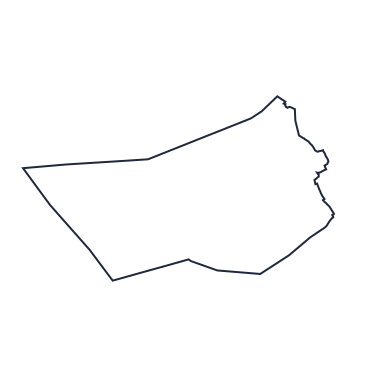 outline of Magdalena Tlacotepec, Oaxaca, Mexico, rotated 330°
{"feature_id": "50627088B48372928795218", "entity_name": "Magdalena Tlacotepec", "entity_type": "district", "adm_level": 2, "iso_a3": "MEX", "parent_name": "Mexico", "parent_adm1": "Oaxaca", "projection": "albers", "projection_center": [-95.197, 16.516], "detail": "fine", "context": "isolated", "style": "outline", "palette": "slate", "viewbox_px": 384, "rotation_deg": 330, "n_neighbors": 0, "source": "geoboundaries", "source_scale": "gbopen_adm2", "svg_char_len": 1585}
<svg xmlns="http://www.w3.org/2000/svg" viewBox="0 0 384 384"><g transform="rotate(330 192 192)"><path d="M57.6,86.9L60.5,113.8L62.6,132.5L74.4,190.7L79.0,229.1L118.8,239.3L155.4,248.7L156.5,251.3L174.7,272.6L210.1,297.1L244.4,295.3L271.6,290.4L284.7,289.5L288.5,289.3L290.3,289.0L292.2,288.4L293.5,287.6L296.5,286.1L297.8,285.5L300.0,284.7L300.5,284.6L301.4,284.6L301.7,284.5L301.8,284.2L301.9,282.0L302.2,281.9L303.0,282.1L303.4,282.2L304.0,282.0L304.0,279.7L303.9,277.2L303.8,274.3L303.7,273.0L302.9,270.5L302.7,269.4L302.5,268.5L302.0,267.4L301.3,264.5L301.5,264.4L303.2,264.3L302.9,260.6L303.0,257.4L303.4,255.3L303.5,253.3L303.6,253.1L303.8,251.6L304.2,249.1L304.5,247.2L302.8,246.9L304.1,242.8L306.3,242.5L306.5,242.5L307.8,242.2L309.5,242.0L310.3,240.4L310.6,240.0L310.6,238.9L310.0,238.9L310.0,237.8L310.7,238.5L313.6,239.2L315.2,239.1L318.1,239.3L319.5,239.5L319.6,238.3L319.7,237.1L320.0,235.4L321.8,235.4L323.2,235.4L324.1,234.6L325.5,233.7L325.5,233.3L325.8,232.1L325.9,231.2L325.9,230.0L325.9,228.5L325.8,228.3L325.7,228.1L325.9,227.1L326.2,225.3L326.3,223.9L326.0,222.8L326.0,222.3L326.4,221.4L320.7,219.8L319.4,217.5L319.5,215.9L319.5,214.5L319.3,211.9L319.3,211.7L318.7,209.9L318.1,206.5L316.6,203.6L315.9,202.2L315.8,201.8L315.8,201.5L315.2,200.9L314.1,198.7L312.9,196.6L315.5,187.6L317.2,181.8L322.5,171.7L322.4,171.6L319.9,167.9L319.0,167.0L316.7,166.8L316.4,165.6L315.9,165.2L316.2,162.7L316.7,162.6L315.6,161.3L318.0,160.5L313.7,151.8L292.6,157.0L279.8,157.7L170.3,141.7L149.0,131.2L96.7,105.2L57.6,86.9Z" fill="none" stroke="#1e293b" stroke-width="2"/></g></svg>